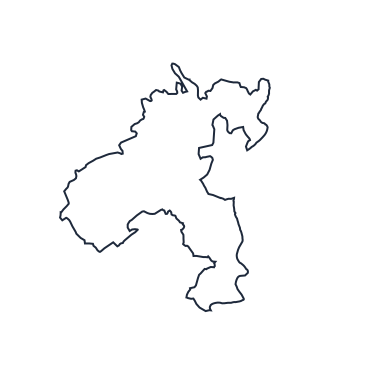 El Mansora, Ad Daqahliyah, Egypt (orthographic projection), rotated 147°
{"feature_id": "37247803B83073428854351", "entity_name": "El Mansora", "entity_type": "district", "adm_level": 2, "iso_a3": "EGY", "parent_name": "Egypt", "parent_adm1": "Ad Daqahliyah", "projection": "orthographic", "projection_center": [31.42, 31.053], "detail": "fine", "context": "isolated", "style": "outline", "palette": "slate", "viewbox_px": 384, "rotation_deg": 147, "n_neighbors": 0, "source": "geoboundaries", "source_scale": "gbopen_adm2", "svg_char_len": 6030}
<svg xmlns="http://www.w3.org/2000/svg" viewBox="0 0 384 384"><g transform="rotate(147 192 192)"><path d="M138.6,310.4L140.2,309.4L141.4,305.9L141.6,300.8L140.3,295.9L141.3,279.0L143.3,279.7L145.5,280.1L145.5,282.7L142.9,285.7L142.6,289.0L143.9,290.6L145.2,292.0L149.4,286.7L149.7,284.4L150.4,283.1L151.7,282.8L158.5,287.1L158.8,289.8L159.8,292.7L160.5,292.8L161.4,292.1L162.1,291.4L164.7,294.1L165.0,295.4L166.6,297.1L169.6,296.8L171.2,296.8L173.8,295.8L175.1,294.5L175.4,292.2L175.8,290.9L176.4,290.6L177.4,290.9L177.7,291.2L180.0,295.6L183.9,296.9L185.5,294.0L186.8,289.7L187.2,287.4L187.8,285.1L188.8,285.4L191.1,283.4L191.1,281.1L192.4,280.1L193.0,279.8L194.7,280.2L196.6,280.2L198.6,279.5L200.5,279.5L203.1,280.2L207.4,279.6L209.3,277.0L209.3,275.7L206.7,273.6L206.4,271.3L208.7,269.4L224.6,272.1L227.6,270.9L228.2,266.9L227.9,264.3L229.2,261.9L230.5,262.3L231.2,263.6L232.8,265.6L240.9,269.0L243.8,269.7L250.3,271.0L254.2,272.1L257.8,272.1L263.0,272.5L266.3,272.2L267.6,270.9L275.7,270.9L276.7,272.9L278.0,273.3L278.6,272.6L279.3,271.6L279.6,270.0L280.3,268.3L281.9,266.7L284.5,266.4L289.1,267.1L291.0,266.1L293.0,264.1L294.0,263.5L295.6,263.2L298.8,262.2L300.5,253.0L301.2,250.3L301.8,249.3L304.7,248.4L309.3,247.4L312.9,246.1L313.2,246.5L314.8,244.2L316.6,242.4L316.2,238.9L311.6,238.9L311.0,237.9L310.3,235.5L310.3,233.6L311.0,228.3L311.3,222.0L311.7,220.0L310.4,214.1L308.4,210.1L309.8,207.1L306.2,204.8L303.3,202.5L303.9,200.5L303.0,197.8L303.0,194.5L302.3,192.5L301.8,191.9L300.4,191.9L296.1,192.5L285.5,192.7L284.2,187.1L282.3,187.0L280.9,187.6L279.6,187.6L277.7,186.9L276.5,187.7L274.8,188.1L266.0,189.2L261.5,189.2L258.1,189.9L258.1,190.2L260.1,191.9L262.7,193.2L265.5,193.2L265.3,197.2L263.6,199.8L261.7,200.8L260.0,201.5L257.8,201.4L250.9,202.4L244.4,202.7L242.8,202.0L240.9,198.7L239.3,196.7L237.0,195.0L235.1,194.0L227.6,193.9L226.9,193.6L226.4,193.6L226.0,192.3L225.3,191.6L226.0,188.0L225.0,187.3L224.0,187.6L222.7,188.6L220.8,188.6L220.5,187.3L220.5,186.3L221.4,184.3L220.8,183.0L219.2,181.6L218.9,181.0L219.5,178.3L218.6,175.0L218.6,173.1L216.6,170.7L217.3,170.1L217.3,169.4L217.0,168.4L217.3,167.4L218.3,166.5L220.5,165.8L221.8,166.1L222.5,164.5L222.5,160.9L223.2,159.6L224.5,157.6L226.4,154.3L227.8,153.2L227.7,152.7L227.4,151.7L226.8,150.3L226.4,150.0L225.5,149.7L224.8,148.3L224.8,146.7L224.5,139.9L225.6,137.5L224.9,137.1L222.9,135.8L218.1,131.4L216.1,130.1L214.5,128.8L213.5,129.2L213.2,127.4L213.2,124.1L212.6,122.5L210.4,120.8L212.2,120.2L212.2,119.5L213.2,117.5L214.2,117.2L214.5,116.9L214.9,117.2L217.1,118.9L221.3,119.6L221.9,119.4L223.3,120.6L229.1,119.0L231.1,118.7L233.7,116.7L239.6,111.5L241.8,110.8L246.1,112.4L246.6,111.2L247.9,110.8L249.6,110.2L252.2,108.6L254.1,106.6L253.8,106.3L253.2,105.3L250.9,102.9L248.9,101.9L248.9,99.3L249.3,95.7L248.6,91.0L247.3,88.4L245.4,84.7L241.8,83.4L240.7,82.5L240.6,83.7L240.2,85.0L239.7,85.8L238.7,86.5L237.8,87.0L236.6,87.1L235.5,87.0L233.9,86.6L232.3,86.0L230.6,85.2L228.8,83.9L227.3,82.2L225.3,81.0L222.4,79.6L219.6,77.8L218.6,77.5L217.4,77.1L216.4,76.6L215.4,75.9L211.6,74.3L210.1,73.9L208.4,73.8L207.9,73.6L207.4,73.6L206.9,73.9L206.7,74.4L206.3,78.9L206.6,82.5L206.7,85.8L206.1,88.1L205.7,91.0L205.3,91.4L204.0,92.8L202.3,94.2L200.5,95.3L199.6,95.6L198.6,95.7L197.5,95.5L195.2,94.3L193.0,93.1L189.2,93.8L188.5,94.7L188.1,95.6L188.0,96.4L188.1,97.0L188.5,97.8L188.5,100.1L188.7,102.0L188.9,102.8L189.7,105.4L190.4,106.6L190.6,107.7L190.5,110.7L190.3,111.7L189.9,112.8L189.2,114.2L188.3,115.4L184.9,118.4L182.6,120.0L176.7,123.0L176.1,123.6L175.5,124.4L175.1,125.3L173.9,127.4L172.7,131.0L172.3,132.5L172.2,134.0L171.3,135.9L170.5,139.7L169.8,141.6L169.3,143.5L168.7,145.2L168.7,147.3L168.2,149.8L167.7,150.4L167.1,150.6L167.0,150.8L167.0,151.4L167.1,152.5L165.6,155.3L164.4,158.1L162.2,161.2L162.2,161.6L162.0,162.1L161.7,162.4L160.7,163.2L159.9,164.2L162.0,164.7L163.0,165.0L165.0,166.4L166.9,167.0L168.6,167.4L169.5,169.4L171.1,171.4L171.4,171.4L176.0,178.0L179.3,181.4L179.2,182.0L179.2,184.0L178.5,188.3L178.5,190.6L178.2,192.9L178.2,196.8L178.5,197.8L174.3,197.8L169.7,198.4L165.2,201.0L160.3,205.3L157.0,207.6L156.4,209.5L156.7,210.9L157.3,212.2L160.6,213.5L161.9,213.9L164.1,215.2L166.7,215.2L165.8,220.2L162.1,225.1L149.5,220.4L147.2,221.7L139.1,232.5L138.4,236.2L138.4,237.1L134.5,241.1L128.6,242.0L126.2,242.0L126.4,241.7L126.4,240.0L125.1,237.0L123.8,236.0L123.8,232.7L125.8,228.8L128.7,224.8L129.0,223.2L128.4,220.9L127.1,219.9L124.2,221.5L122.2,221.5L118.0,220.5L113.7,218.7L114.7,216.5L115.1,215.5L115.1,214.8L115.4,211.9L115.4,210.5L115.1,207.9L114.8,206.2L114.8,204.9L115.1,203.9L117.1,204.0L118.4,203.3L122.0,200.7L123.0,196.9L120.7,196.9L119.0,197.0L117.5,197.3L116.0,197.2L114.3,197.3L112.5,197.7L111.1,198.3L108.2,198.4L106.7,198.6L103.2,199.4L100.3,200.2L99.0,200.7L97.6,201.4L96.2,202.3L95.0,203.3L93.3,205.1L93.1,206.2L93.1,207.4L93.1,207.9L93.7,208.7L93.7,209.3L93.9,210.2L94.6,210.9L95.3,211.6L95.7,212.4L96.0,213.2L96.1,215.7L96.4,216.5L96.5,217.4L96.3,218.6L95.9,219.3L93.6,221.7L92.6,221.9L91.7,222.5L90.5,222.9L89.3,223.4L88.7,224.0L87.3,224.7L85.8,225.7L84.0,226.4L83.1,226.5L82.3,226.4L80.9,227.4L80.0,227.7L78.9,227.9L77.9,228.5L76.9,229.6L76.7,230.0L76.7,230.6L75.3,231.3L74.2,232.2L73.6,232.8L73.1,233.7L71.9,235.4L70.0,237.0L69.7,238.3L68.7,239.9L68.4,240.8L68.2,241.9L68.0,242.9L67.9,243.2L67.4,243.9L69.5,246.4L70.5,248.1L72.4,249.1L76.0,247.8L78.9,243.8L80.2,241.9L82.2,241.6L82.8,242.9L86.1,243.2L90.0,242.0L90.6,243.6L90.3,246.6L90.0,247.9L90.0,249.6L91.3,251.5L93.9,253.5L93.5,255.5L92.9,257.5L94.2,259.2L97.4,261.2L100.7,264.2L106.2,270.5L107.2,270.5L109.8,270.2L113.7,270.6L115.9,270.2L118.2,268.0L121.5,266.7L123.1,268.0L124.7,268.0L125.4,268.3L126.4,268.0L127.0,267.7L127.4,264.7L127.4,264.1L129.0,262.4L131.6,265.1L134.5,264.8L135.2,267.8L134.5,269.7L131.6,274.0L130.2,276.6L130.2,278.6L130.9,281.3L132.2,283.9L133.1,286.9L132.8,287.6L133.5,287.9L136.1,292.2L136.0,297.5L135.7,300.5L135.0,303.8L135.0,304.1L136.6,308.4L137.6,309.7L138.6,310.4Z" fill="none" stroke="#1e293b" stroke-width="2"/></g></svg>